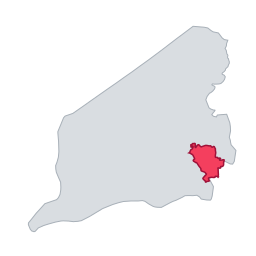 Idlib highlighted on a map of Syria, rotated 176°
{"feature_id": "SYR-140", "entity_name": "Idlib", "entity_type": "Province", "adm_level": 1, "iso_a3": "SYR", "parent_name": "Syria", "parent_adm1": "", "projection": "robinson", "projection_center": [36.748, 35.825], "detail": "fine", "context": "in_parent", "style": "filled", "palette": "rose", "viewbox_px": 256, "rotation_deg": 176, "n_neighbors": 0, "source": "natural_earth", "source_scale": "10m", "svg_char_len": 4790}
<svg xmlns="http://www.w3.org/2000/svg" viewBox="0 0 256 256"><g transform="rotate(176 128 128)"><path d="M26.1,84.7L28.5,85.0L33.6,88.0L34.5,87.9L36.1,83.9L37.6,82.5L40.8,81.4L41.7,74.8L43.2,73.6L45.0,72.9L47.7,72.8L50.1,72.4L50.3,71.2L46.9,63.7L47.2,61.8L48.8,54.2L49.9,51.3L50.8,50.3L54.6,50.7L59.9,52.0L61.4,54.2L64.0,56.1L67.9,56.0L72.4,56.4L75.9,56.5L78.7,55.1L85.0,52.6L88.2,51.7L91.0,50.6L100.2,46.5L103.8,46.8L106.4,47.3L108.3,48.0L112.6,50.8L116.2,53.7L118.7,54.6L123.2,54.5L129.8,55.0L137.7,55.0L142.4,54.2L148.4,52.8L158.9,49.4L172.8,42.3L181.0,38.8L184.5,38.4L189.1,38.4L193.7,39.3L199.0,39.9L201.4,39.9L207.0,39.2L214.3,37.7L218.9,36.6L224.4,34.6L227.8,31.4L229.0,31.1L230.4,31.7L231.1,31.9L232.5,33.7L234.1,38.4L234.1,38.9L233.9,40.3L230.3,44.1L225.5,49.4L222.0,52.7L216.2,58.3L211.7,59.5L204.2,61.5L202.2,63.4L200.4,66.6L199.4,70.9L199.1,73.6L199.0,78.6L200.9,83.9L202.6,88.9L202.9,92.2L202.8,95.5L201.2,98.9L199.5,103.7L198.6,109.1L198.2,119.3L198.3,127.9L198.2,129.3L195.1,135.5L191.6,142.6L189.9,144.3L182.0,146.4L173.3,151.6L163.6,157.5L154.8,162.8L145.5,168.4L135.9,174.1L129.1,178.3L119.9,183.8L111.5,189.1L102.9,194.4L96.5,198.5L86.6,204.9L80.9,208.7L72.4,214.3L64.9,219.1L56.0,224.9L44.9,223.2L41.4,222.2L38.5,219.5L36.4,218.0L31.2,216.5L27.8,211.3L25.8,209.5L22.3,208.6L23.8,205.3L24.1,203.1L25.6,200.5L24.6,198.7L24.2,195.0L23.5,194.1L23.3,193.1L23.8,191.9L23.6,190.7L23.0,190.2L22.7,188.3L22.3,187.0L22.5,185.3L23.3,184.2L24.1,182.1L25.0,181.5L26.5,180.2L26.9,178.8L28.2,177.5L30.0,176.4L30.4,175.5L30.2,175.0L28.4,174.0L27.4,172.3L28.3,169.8L28.9,169.0L29.9,167.7L32.3,165.9L34.2,165.6L35.8,165.6L38.6,165.7L40.7,166.1L41.2,165.6L41.2,165.0L38.5,163.4L38.4,162.2L39.0,160.9L40.9,158.9L43.1,157.4L44.2,157.1L46.8,154.1L48.4,150.7L45.8,142.5L44.2,141.2L41.6,140.0L40.1,139.8L40.0,139.3L42.0,137.2L43.5,135.4L41.9,133.7L39.0,132.9L38.0,134.7L34.3,134.8L28.6,134.8L26.1,126.1L25.8,122.3L25.9,118.0L27.6,111.6L26.8,108.7L26.7,106.7L26.3,104.0L21.9,98.1L24.3,87.3L26.1,84.7Z" fill="#d9dde1" stroke="#a8b0b8" stroke-width="1"/><path d="M48.7,73.0L51.0,72.6L51.2,72.3L51.2,71.4L51.0,70.8L50.8,70.2L50.5,69.6L50.9,69.4L52.0,69.2L53.1,69.2L53.9,68.6L54.1,68.6L54.3,68.6L54.5,68.8L54.6,69.0L54.6,69.6L54.8,70.0L55.8,70.9L56.6,71.9L56.8,72.2L56.8,72.4L56.7,72.6L56.6,72.9L56.4,73.1L55.7,73.8L55.5,74.1L55.4,74.2L55.1,74.4L55.0,74.5L54.8,74.6L54.7,74.9L54.5,75.1L53.4,75.9L53.0,76.6L53.7,77.4L53.9,77.9L54.2,78.2L54.5,78.5L54.8,78.7L57.5,79.9L57.8,80.1L58.0,80.3L58.1,80.6L58.1,80.8L58.2,82.1L58.2,82.4L58.2,82.5L58.3,82.7L60.0,85.2L61.6,88.1L61.9,88.4L62.1,88.7L62.4,88.8L62.9,88.8L63.3,89.1L63.9,89.7L64.9,90.3L65.0,90.5L65.1,90.8L65.2,91.0L65.1,91.3L65.0,91.5L64.9,91.6L64.7,91.8L64.5,92.0L64.4,92.0L64.0,92.2L63.8,92.3L63.7,92.6L64.1,94.1L64.4,94.6L64.6,94.9L64.7,95.2L64.8,95.9L65.0,96.2L66.1,97.4L66.2,97.5L66.5,97.5L66.9,97.8L67.4,98.3L67.5,98.4L68.9,98.9L68.3,99.2L68.2,99.4L68.1,99.5L67.7,100.4L66.9,101.8L66.7,102.0L65.8,102.4L65.4,102.7L65.2,102.9L65.1,103.2L64.4,104.5L64.4,104.8L64.4,105.1L64.5,105.3L64.9,105.4L65.0,105.4L65.3,105.3L65.4,105.2L65.6,104.8L65.7,104.6L65.8,104.6L66.0,104.5L66.3,104.5L66.4,104.8L66.5,104.9L66.5,105.2L66.5,106.8L66.4,106.9L66.2,106.9L65.9,106.8L65.7,106.9L65.5,107.0L65.4,107.0L65.3,107.3L65.0,107.7L64.9,107.8L64.6,107.9L64.4,108.0L63.7,107.9L63.0,108.0L62.7,108.0L62.4,107.9L62.2,107.8L62.1,107.7L62.1,107.1L62.1,106.9L62.0,106.4L61.9,106.2L62.0,105.9L62.3,105.3L62.3,105.1L62.4,104.8L62.3,104.5L62.3,104.4L62.3,104.2L62.2,104.1L62.1,103.9L61.8,103.8L61.7,103.8L61.3,104.4L61.2,104.6L60.5,105.3L59.9,106.1L59.7,106.2L59.5,106.3L59.3,106.3L59.0,106.4L58.8,106.4L58.6,106.4L58.5,106.2L58.4,106.1L58.1,105.8L57.9,105.7L57.7,105.4L57.6,105.1L56.6,104.2L56.3,104.1L56.2,104.1L52.1,105.2L50.5,105.1L48.3,104.5L48.0,104.5L47.4,104.5L47.0,104.5L46.9,104.5L46.7,104.4L46.5,104.1L46.4,104.0L46.3,103.8L46.2,103.5L46.1,103.4L45.5,103.1L45.3,103.0L45.1,103.0L44.0,103.6L43.3,103.4L43.1,103.1L42.9,102.5L42.2,100.9L42.3,100.7L42.4,100.3L42.2,97.7L42.2,97.0L42.7,94.9L42.9,93.2L42.8,92.7L42.6,92.6L41.2,92.5L40.8,92.4L40.7,92.3L40.7,92.1L40.6,91.9L40.5,91.7L40.3,91.5L40.2,91.4L39.9,91.3L39.7,91.4L39.5,91.5L39.2,91.6L38.7,91.6L38.2,91.5L38.1,91.4L37.9,91.2L38.6,90.4L38.8,90.1L38.8,89.8L38.8,89.7L38.7,89.5L38.6,89.4L38.4,89.4L36.2,89.5L35.9,89.5L35.7,89.7L35.2,89.7L34.8,89.7L34.5,89.6L34.4,89.5L34.4,89.3L34.3,89.2L34.4,88.9L34.5,88.8L34.5,88.6L34.5,88.4L35.0,87.2L35.2,84.5L35.9,83.4L36.9,83.0L37.7,83.2L38.2,83.1L38.5,81.7L39.1,81.5L40.4,81.9L41.1,81.7L41.0,80.6L41.1,75.0L41.2,74.4L41.4,74.1L41.6,73.9L41.7,73.5L41.2,73.0L41.6,72.6L42.0,73.1L42.4,73.4L42.9,73.5L43.7,73.7L43.9,73.7L44.1,73.7L44.4,73.6L44.5,73.4L44.6,73.1L44.7,72.8L45.1,72.7L45.7,72.6L48.1,73.0L48.7,73.0Z" fill="#f43f5e" stroke="#9f1239" stroke-width="1.5"/></g></svg>